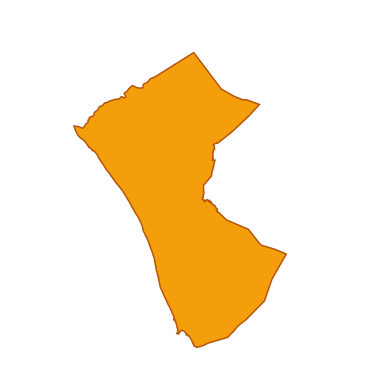 Santa María Tonameca, Oaxaca, Mexico (Natural Earth projection), rotated 46°
{"feature_id": "50627088B31597135225135", "entity_name": "Santa María Tonameca", "entity_type": "district", "adm_level": 2, "iso_a3": "MEX", "parent_name": "Mexico", "parent_adm1": "Oaxaca", "projection": "natural_earth1", "projection_center": [-96.691, 15.782], "detail": "fine", "context": "isolated", "style": "filled", "palette": "amber", "viewbox_px": 384, "rotation_deg": 46, "n_neighbors": 0, "source": "geoboundaries", "source_scale": "gbopen_adm2", "svg_char_len": 5680}
<svg xmlns="http://www.w3.org/2000/svg" viewBox="0 0 384 384"><g transform="rotate(46 192 192)"><path d="M174.6,140.1L176.5,122.0L176.8,98.4L176.8,98.2L175.9,82.7L172.7,84.3L168.7,86.2L164.0,88.5L160.6,91.6L157.6,92.9L152.5,95.2L145.8,97.2L138.6,99.4L137.8,99.3L130.2,98.4L123.0,97.6L111.2,96.1L107.9,95.8L101.7,95.0L92.9,93.9L83.5,138.6L83.4,138.7L82.1,142.3L81.6,143.4L81.5,143.8L81.9,145.5L82.0,147.0L82.0,148.1L81.7,149.4L80.8,151.6L80.8,152.3L82.0,153.8L82.4,154.5L82.5,155.6L82.1,156.2L81.6,156.7L80.7,157.6L79.8,158.3L78.5,159.2L78.5,159.3L78.1,159.4L76.7,159.8L75.0,160.5L74.0,161.3L73.8,162.1L73.9,163.3L73.9,164.0L73.8,165.0L73.8,165.7L74.0,166.6L74.3,168.4L74.2,169.5L73.9,171.7L74.2,172.6L75.0,172.7L76.3,172.9L76.9,173.3L77.7,174.0L77.7,174.8L77.3,175.4L76.1,175.6L74.7,176.5L74.2,177.3L74.5,178.6L74.3,180.1L73.9,180.8L72.0,182.9L70.7,185.5L70.0,186.5L69.1,188.9L68.9,190.2L68.3,191.5L67.7,192.1L67.2,193.3L67.5,194.7L67.6,196.1L67.6,196.8L67.4,197.2L67.0,197.5L66.5,198.7L66.4,200.1L67.5,202.3L67.5,203.1L67.2,204.3L67.1,205.4L66.9,206.7L67.1,207.4L67.9,208.1L68.4,208.7L68.7,209.5L68.6,210.1L67.8,212.1L67.2,213.7L67.3,214.2L67.7,214.5L68.2,217.1L69.0,217.5L69.4,217.9L69.6,218.6L69.3,220.8L69.6,221.9L70.0,223.4L70.1,224.5L70.3,225.6L70.1,226.2L69.9,226.6L69.7,226.8L69.2,226.8L67.9,227.3L65.5,228.6L62.8,230.9L62.6,231.0L63.4,231.5L63.9,231.8L65.7,232.5L67.2,233.2L68.9,233.7L71.2,234.4L72.8,234.7L74.5,234.6L75.6,234.8L76.6,234.4L77.2,234.4L77.9,234.4L78.6,234.2L79.2,233.9L79.7,233.9L80.5,233.8L81.1,234.0L81.6,234.0L82.2,234.1L82.5,234.1L83.1,234.2L83.8,234.3L84.6,234.4L85.3,234.6L86.3,234.6L86.9,234.7L87.3,234.8L87.5,235.0L88.2,235.3L88.6,235.1L88.7,234.7L89.0,234.7L89.4,234.6L90.3,234.6L91.4,234.6L92.5,234.7L93.2,234.9L93.8,234.5L94.0,234.2L94.5,233.9L95.7,234.0L96.6,234.1L98.2,234.2L100.1,234.5L101.3,235.0L102.6,235.4L103.7,235.5L105.5,236.0L108.4,236.5L110.2,236.7L112.4,237.2L113.8,237.6L116.0,238.0L117.4,238.3L119.5,238.3L121.1,238.5L123.3,238.8L124.7,239.2L126.3,239.3L128.1,239.7L129.5,239.8L131.4,240.1L133.1,240.3L135.2,240.4L137.5,240.6L140.0,240.9L142.0,241.0L144.2,241.4L145.7,241.7L147.6,242.2L149.8,242.6L151.7,243.1L153.3,243.5L155.9,244.1L157.7,244.6L159.9,245.3L161.4,245.7L163.1,246.0L164.8,246.5L166.4,247.0L168.0,247.3L169.9,247.8L171.2,247.9L172.5,248.2L174.5,248.7L175.7,249.3L177.1,249.6L178.7,250.1L180.3,250.8L182.4,251.7L184.5,253.1L186.0,254.0L187.7,254.5L189.7,255.2L191.7,255.9L194.0,256.5L196.1,257.3L197.4,257.9L198.9,258.5L200.6,259.4L202.9,260.3L204.5,261.2L206.6,261.8L208.0,262.6L210.0,263.6L212.1,264.5L214.1,265.6L215.6,266.7L217.3,267.7L219.0,268.9L221.3,270.4L222.9,271.6L224.9,272.6L226.7,273.7L228.7,274.8L230.9,276.1L232.8,277.3L233.8,277.8L235.2,278.9L236.3,279.6L237.7,280.5L238.9,281.1L240.0,281.5L242.3,282.2L244.6,283.1L246.9,284.1L250.4,285.1L252.8,286.1L255.0,286.8L256.9,287.5L258.8,287.9L260.1,288.4L261.6,288.9L263.6,289.5L264.7,290.2L266.3,290.7L266.8,290.8L268.5,291.3L269.8,292.0L270.5,292.7L270.7,293.4L271.1,293.8L271.2,293.4L271.3,293.1L271.6,293.1L272.5,293.2L272.8,293.7L274.7,294.3L276.3,295.1L277.1,295.6L277.6,295.9L278.4,296.4L279.3,296.7L279.8,297.2L280.8,297.5L281.2,297.9L281.3,298.4L281.8,298.6L282.1,298.7L282.5,298.7L282.9,299.0L283.2,299.6L283.4,300.1L283.5,300.3L283.4,300.8L283.3,301.0L282.9,301.1L283.0,301.3L283.4,301.2L283.8,301.0L284.1,300.9L284.5,300.4L284.8,300.1L284.7,300.0L284.5,299.8L284.4,299.4L284.4,298.6L284.4,297.9L284.1,297.4L284.1,297.1L284.1,296.5L284.2,296.0L284.7,295.3L285.3,295.0L285.9,294.6L286.4,294.5L286.8,294.3L286.9,294.2L287.4,294.2L287.6,294.2L288.6,294.5L289.4,294.5L289.9,294.7L290.4,295.2L290.8,295.5L290.9,295.4L291.0,294.8L291.1,294.5L291.7,294.2L292.0,294.2L292.4,294.7L292.5,294.7L292.6,294.8L292.7,294.7L292.8,294.4L292.6,294.3L292.6,294.2L293.1,294.2L293.5,294.2L294.1,294.3L295.2,294.5L296.7,294.8L298.2,295.3L299.5,295.7L299.9,295.8L300.1,295.9L300.7,296.1L301.6,296.5L302.2,296.7L302.4,296.7L303.0,297.1L303.6,297.2L303.8,297.2L304.6,297.4L305.0,297.3L305.3,297.2L305.6,297.0L306.1,296.7L306.4,296.4L306.6,296.4L306.8,296.4L306.9,296.6L307.0,296.6L309.8,291.7L312.1,285.0L321.3,267.4L321.1,259.3L320.3,251.7L321.4,241.3L321.2,235.6L320.7,215.6L310.2,194.9L302.1,167.3L290.7,172.2L279.2,178.7L276.0,179.4L275.7,179.2L263.5,177.9L257.9,177.4L236.0,186.6L224.7,187.0L223.7,187.7L223.6,187.3L223.4,187.1L222.9,186.8L222.6,186.7L222.6,186.3L222.2,185.8L222.0,185.7L221.7,185.7L221.4,186.0L221.2,186.1L220.7,186.0L220.1,185.7L219.3,185.4L218.9,185.4L218.5,185.3L218.1,185.2L217.4,185.1L217.2,185.1L216.9,185.2L216.5,185.3L215.9,185.6L215.0,185.7L213.8,185.7L213.6,185.8L213.3,186.0L213.0,185.9L212.8,185.5L212.5,185.1L212.4,185.0L212.0,185.1L211.8,185.3L211.8,185.6L211.7,185.9L211.7,186.0L210.9,185.7L210.4,185.4L210.1,185.3L210.0,185.5L210.0,185.9L210.2,186.5L209.6,186.4L209.2,186.2L208.4,186.2L207.8,186.6L207.7,187.0L207.9,187.3L208.1,188.2L207.9,188.4L207.7,188.7L207.6,189.3L207.5,189.6L207.3,189.9L207.1,189.8L206.9,188.9L206.7,188.8L206.4,188.7L205.7,189.1L205.2,189.5L204.5,189.4L204.2,189.3L203.9,189.3L203.7,189.1L203.6,188.9L203.6,188.6L203.6,188.2L203.6,187.7L203.4,187.3L203.1,187.2L202.5,186.8L202.4,186.4L202.2,185.8L201.8,185.2L201.7,185.0L201.0,184.1L199.1,182.6L198.0,181.8L196.8,180.5L195.3,179.3L194.9,176.3L194.6,173.0L194.2,169.6L193.9,166.7L192.1,164.7L189.5,160.2L188.2,158.2L186.7,156.0L185.1,153.4L184.9,153.6L184.5,153.9L184.2,154.1L183.9,154.4L183.5,154.9L183.3,155.1L183.0,154.5L182.8,154.5L182.7,153.5L182.3,153.6L181.4,152.5L180.9,152.4L176.6,147.4L177.0,146.1L174.8,144.3L173.9,143.9L173.1,144.1L173.0,142.8L173.9,140.4L174.0,140.1L174.6,140.1Z" fill="#f59e0b" stroke="#b45309" stroke-width="1.5"/></g></svg>